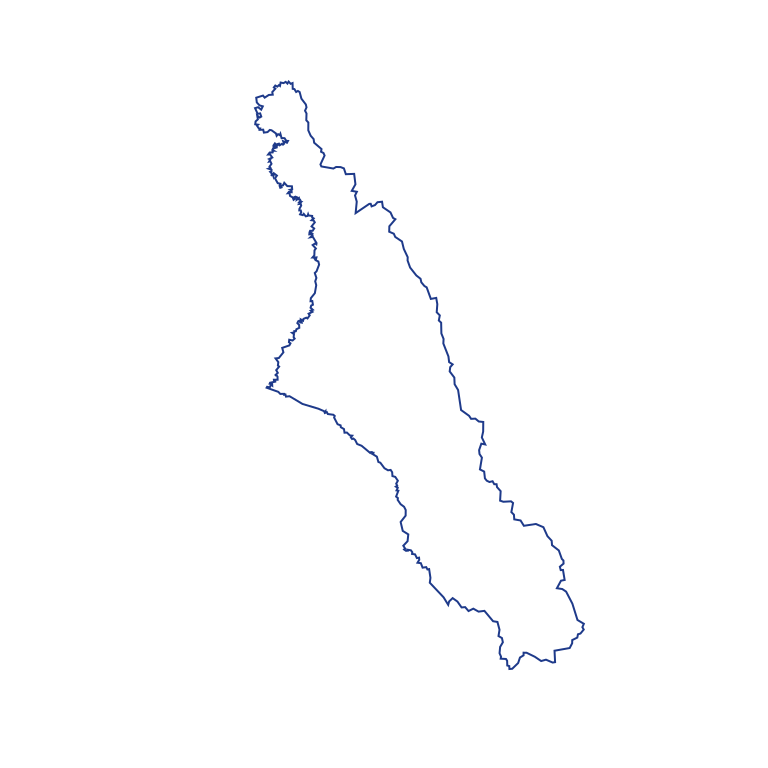 the district of Dok Khamtai, Phayao, Thailand, rotated 341°
{"feature_id": "78962969B85814528086479", "entity_name": "Dok Khamtai", "entity_type": "district", "adm_level": 2, "iso_a3": "THA", "parent_name": "Thailand", "parent_adm1": "Phayao", "projection": "orthographic", "projection_center": [100.017, 19.127], "detail": "fine", "context": "isolated", "style": "outline", "palette": "blue", "viewbox_px": 768, "rotation_deg": 341, "n_neighbors": 0, "source": "geoboundaries", "source_scale": "gbopen_adm2", "svg_char_len": 6110}
<svg xmlns="http://www.w3.org/2000/svg" viewBox="0 0 768 768"><g transform="rotate(341 384 384)"><path d="M452.6,485.5L451.5,481.3L452.4,477.5L456.6,472.1L460.0,474.1L459.1,466.4L462.3,461.2L465.5,452.2L461.4,450.3L459.1,446.5L455.0,445.3L454.1,441.8L448.4,433.7L452.1,413.8L450.7,407.2L452.6,400.8L450.2,393.5L452.1,389.6L455.3,387.8L452.7,384.5L453.9,378.9L453.3,365.0L455.0,360.8L454.7,354.9L458.0,344.6L456.5,341.8L459.1,337.3L457.2,333.3L460.4,325.9L461.4,319.6L456.0,318.8L455.8,306.5L454.1,304.5L452.4,300.0L452.8,296.4L449.9,291.9L446.6,282.4L446.5,274.9L447.7,271.8L446.7,262.7L447.4,255.1L442.5,248.6L442.2,245.1L438.5,241.7L440.4,236.6L448.4,231.9L446.6,229.9L446.0,223.9L440.5,216.5L441.5,211.0L437.0,210.0L433.7,211.9L430.1,212.0L430.1,209.3L428.7,208.9L412.8,213.2L417.6,202.7L418.0,196.3L420.9,193.4L416.4,190.9L422.0,185.9L424.2,175.6L416.2,173.2L416.3,167.1L413.6,164.8L409.4,163.2L406.3,163.8L395.6,157.9L395.4,155.7L402.2,148.6L402.0,145.9L400.1,143.9L401.4,141.5L396.5,133.1L397.2,129.5L395.5,125.4L395.0,119.5L397.6,112.1L396.4,109.3L398.8,103.0L398.3,99.9L400.8,97.2L401.1,94.3L398.8,87.3L399.3,80.5L398.0,78.9L396.0,79.3L395.3,76.0L393.8,75.2L395.5,69.7L393.5,69.8L392.3,67.0L390.5,68.5L389.4,66.3L387.0,66.8L384.4,65.3L382.7,68.3L382.0,67.2L379.9,68.1L378.4,66.4L376.4,67.7L377.4,69.4L373.4,71.6L373.0,74.2L369.2,73.2L364.4,74.4L363.5,71.9L356.4,71.7L355.4,76.4L357.0,80.0L359.8,82.0L357.2,84.6L355.1,81.3L351.9,81.2L352.5,87.4L355.0,87.8L355.0,91.2L353.2,91.6L351.5,88.9L350.9,92.7L348.1,93.9L346.8,96.5L349.3,97.8L348.0,98.4L348.9,101.8L350.0,102.1L349.2,103.2L352.6,104.2L352.3,107.2L355.9,107.9L358.7,106.6L360.3,107.5L363.4,111.9L363.3,114.4L365.2,113.3L366.4,114.7L367.5,113.6L367.2,118.1L370.0,119.2L370.8,122.3L372.3,122.9L370.8,124.3L367.7,121.6L367.7,124.3L366.4,124.8L365.6,123.7L363.2,124.3L363.0,122.9L361.1,123.7L361.9,122.5L359.9,122.4L359.2,121.0L357.1,122.5L356.7,123.9L359.5,123.1L359.5,125.4L355.7,125.3L354.7,126.3L355.7,127.5L353.9,126.8L354.9,127.6L354.1,128.8L351.3,127.9L349.2,129.3L351.0,129.8L352.1,133.5L348.7,133.9L349.5,134.8L347.8,136.3L349.0,136.4L349.3,139.2L346.5,141.2L347.0,142.7L344.9,142.8L347.4,144.8L346.8,146.4L345.5,146.4L346.6,149.1L345.0,150.4L347.2,149.3L347.1,151.5L348.6,149.1L350.6,152.1L347.9,154.0L348.9,159.5L351.2,160.9L349.8,162.5L349.8,164.7L351.2,164.7L351.3,162.8L353.3,163.3L355.2,161.3L357.0,165.4L361.3,167.1L360.6,169.9L358.5,169.8L359.6,171.0L359.1,172.6L356.6,171.4L355.2,172.3L356.8,172.7L356.4,175.6L358.4,177.8L358.5,180.4L360.2,179.9L360.2,178.1L361.2,178.0L362.8,179.4L361.6,181.3L364.0,180.6L363.6,181.7L364.6,182.2L364.8,183.5L363.1,184.5L364.8,185.0L362.6,186.2L363.9,186.5L363.8,188.3L361.0,190.9L360.4,192.3L361.8,192.8L361.7,194.6L359.9,196.3L362.2,197.9L363.5,197.0L364.6,200.0L366.4,200.2L367.5,198.8L367.5,200.1L370.8,201.7L370.3,203.2L371.4,204.5L368.9,205.6L370.7,206.5L371.2,208.6L366.8,211.4L368.6,214.2L366.4,215.9L364.0,215.1L363.3,215.9L364.5,217.6L362.6,217.1L362.1,218.2L364.9,218.9L364.9,220.1L362.2,221.3L364.6,221.7L366.1,228.8L365.5,229.9L364.6,228.7L361.8,229.4L363.7,233.7L361.8,235.0L360.0,239.7L357.6,241.1L360.7,242.1L358.5,243.4L360.8,243.1L359.7,244.7L361.8,246.8L361.5,250.0L356.9,255.5L354.7,256.5L354.6,261.7L352.4,264.5L352.1,268.5L348.2,275.6L342.8,279.0L341.5,281.8L343.2,282.2L342.6,285.9L340.7,286.1L339.4,288.0L340.9,290.7L338.7,290.8L339.8,292.5L335.6,293.0L336.1,294.9L333.0,297.1L332.1,296.0L329.1,296.2L328.1,297.8L326.5,296.0L326.2,299.2L324.8,298.5L324.8,296.6L323.4,296.7L321.9,298.2L323.0,300.5L322.2,303.3L319.0,303.7L317.9,305.3L316.4,304.8L316.0,306.0L313.8,305.7L315.1,307.6L313.8,310.3L314.3,312.0L311.7,313.1L308.8,311.3L307.7,313.6L308.8,315.1L307.1,316.7L299.5,316.7L299.2,321.3L293.0,325.2L289.8,324.5L291.2,328.9L289.7,332.0L290.5,333.4L286.6,335.8L287.2,338.9L283.6,340.5L285.2,340.5L285.7,342.4L284.8,345.3L281.3,344.1L281.0,345.5L282.8,346.5L276.7,345.7L276.0,346.5L278.2,347.7L277.8,349.1L276.9,347.8L274.9,350.0L272.6,348.6L271.8,349.3L281.5,357.0L282.7,359.6L286.3,360.8L286.1,361.7L287.4,361.8L287.2,364.0L290.7,364.8L300.4,376.3L313.9,386.0L318.5,390.2L318.6,391.6L319.8,390.8L319.4,392.1L320.8,392.0L321.1,394.1L326.1,396.6L327.0,398.2L325.9,399.5L327.0,406.9L329.5,409.0L329.1,410.8L331.5,413.6L330.8,417.2L333.1,417.8L335.0,421.5L337.1,422.5L335.3,423.7L335.9,425.6L337.3,425.6L338.5,427.6L339.1,432.0L342.7,435.1L348.5,444.7L349.6,444.1L350.7,444.7L350.2,445.8L351.5,445.9L350.8,447.0L353.6,450.4L353.3,455.9L354.9,457.2L357.0,463.8L359.7,466.9L362.3,467.4L363.0,470.1L362.0,473.8L364.4,475.5L365.6,480.0L363.1,482.2L363.4,484.5L361.8,484.9L363.2,486.6L361.2,488.7L362.8,489.6L358.8,494.4L360.0,496.4L359.2,498.0L360.6,503.1L363.0,506.6L363.5,510.2L361.6,515.5L354.8,519.9L353.9,529.0L358.0,534.1L355.1,540.3L349.6,543.2L350.4,546.4L349.1,547.0L350.5,548.9L352.2,549.3L352.2,548.3L355.3,550.0L356.0,552.3L355.2,553.8L357.9,555.2L358.4,559.3L360.6,559.6L360.1,561.7L357.5,563.9L360.5,565.4L360.7,570.2L364.3,570.9L364.7,573.5L366.4,573.7L364.8,582.4L362.6,586.8L370.9,605.1L372.8,613.7L374.8,610.8L379.2,608.8L382.6,613.6L384.6,620.5L388.1,621.4L390.0,626.2L395.3,625.5L399.3,630.0L405.1,631.2L409.9,643.8L413.8,645.9L413.2,654.0L410.2,659.6L412.8,662.6L412.3,666.9L408.2,670.4L405.6,676.2L405.9,679.9L404.9,681.7L409.8,683.7L410.3,685.8L408.9,690.3L410.6,691.5L409.8,694.3L412.5,695.0L420.0,691.5L423.5,686.9L427.6,686.0L428.5,683.5L431.3,684.5L437.8,691.0L442.4,697.1L447.4,697.4L452.8,702.3L455.2,702.7L458.4,691.7L473.6,694.1L477.5,690.4L478.6,687.4L484.2,686.7L485.9,683.8L488.5,683.9L492.9,681.2L492.4,678.5L494.9,675.8L490.1,670.1L490.6,653.0L488.6,639.6L485.8,635.9L481.0,633.4L487.3,627.6L491.0,628.1L492.7,618.1L490.5,617.5L490.8,614.0L495.3,612.3L496.2,609.3L495.2,607.3L495.1,598.3L490.4,591.1L491.5,586.8L489.0,581.1L488.1,571.3L482.0,565.8L470.1,563.6L468.7,557.5L463.1,554.4L464.3,549.9L462.7,546.6L467.3,538.5L465.9,536.3L458.5,534.2L455.8,532.1L459.4,523.3L457.3,518.3L457.8,515.4L455.6,514.6L455.0,511.3L451.8,511.0L449.7,508.9L448.7,506.1L450.2,499.4L446.9,496.0L452.6,485.5Z" fill="none" stroke="#1e3a8a" stroke-width="2"/></g></svg>